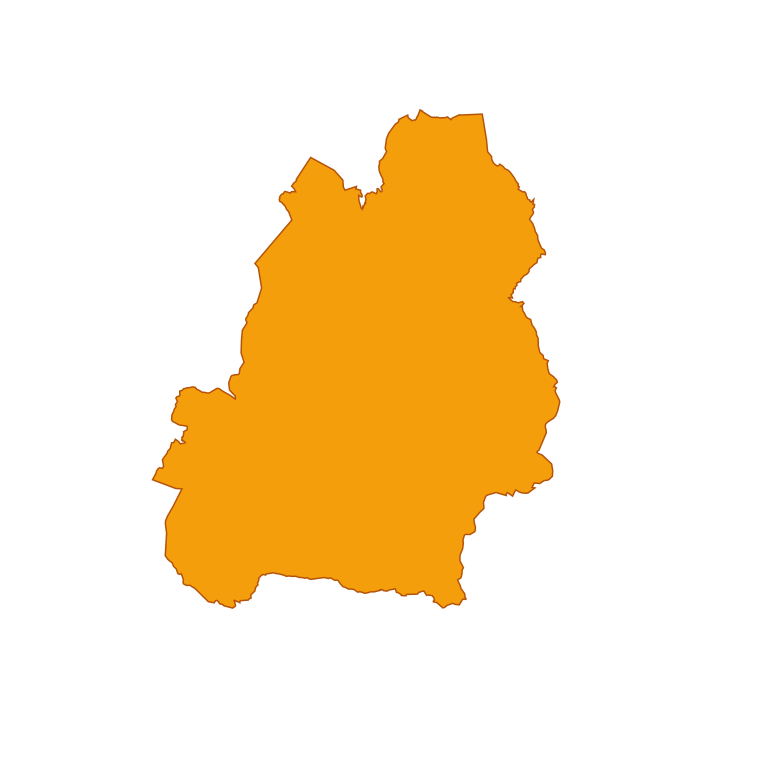 outline of Taretan, Michoacán, Mexico, rotated 304°
{"feature_id": "50627088B53214631198114", "entity_name": "Taretan", "entity_type": "district", "adm_level": 2, "iso_a3": "MEX", "parent_name": "Mexico", "parent_adm1": "Michoacán", "projection": "robinson", "projection_center": [-101.91, 19.326], "detail": "fine", "context": "isolated", "style": "filled", "palette": "amber", "viewbox_px": 768, "rotation_deg": 304, "n_neighbors": 0, "source": "geoboundaries", "source_scale": "gbopen_adm2", "svg_char_len": 6171}
<svg xmlns="http://www.w3.org/2000/svg" viewBox="0 0 768 768"><g transform="rotate(304 384 384)"><path d="M484.8,520.9L485.0,515.3L488.0,511.5L492.3,507.7L495.2,507.2L494.2,502.2L496.6,500.1L497.2,496.0L497.8,494.9L502.0,490.5L508.0,486.3L509.9,483.1L512.5,480.9L514.4,477.5L515.8,473.6L519.5,469.5L519.0,467.4L519.1,464.3L521.2,460.9L522.2,458.3L525.7,455.1L524.9,454.2L529.1,455.0L529.7,452.7L526.4,449.9L525.5,446.5L524.3,444.6L525.1,439.1L525.9,439.5L527.1,442.4L529.1,439.5L532.0,440.1L534.4,438.5L535.6,438.3L536.2,439.5L538.0,438.6L540.3,439.0L541.5,437.5L542.9,438.4L543.5,438.2L544.8,439.8L545.7,439.9L547.5,438.9L552.4,439.6L555.6,441.3L558.2,441.3L560.8,440.1L567.0,441.6L570.1,442.9L574.2,441.2L576.5,443.2L578.5,441.7L579.2,441.7L580.0,442.0L581.4,445.4L582.5,444.9L584.6,442.2L584.8,438.4L588.9,432.1L590.1,430.5L593.0,428.3L595.1,424.0L597.3,421.7L600.2,417.5L601.9,412.6L603.4,412.3L609.1,412.4L610.3,411.6L611.9,409.3L614.7,409.7L617.0,408.4L616.4,406.9L620.8,404.9L617.1,404.3L617.3,402.6L618.0,402.1L617.6,400.4L617.8,399.6L620.4,395.9L621.4,395.1L621.9,393.2L621.9,392.7L620.9,392.0L620.5,386.4L623.2,385.9L623.2,384.2L624.9,383.6L625.8,380.4L627.8,376.7L630.0,370.6L630.6,367.5L630.1,364.0L630.9,361.1L631.0,357.3L630.9,357.0L629.3,357.0L628.0,355.9L628.0,353.6L628.5,351.1L630.1,348.1L632.8,345.8L634.5,340.0L643.9,332.3L662.7,314.5L650.0,297.4L649.5,296.1L642.7,291.9L640.6,291.8L640.9,287.2L639.0,285.8L635.8,281.4L634.7,278.4L633.7,278.0L633.5,276.6L632.7,276.1L631.6,273.6L631.3,263.2L631.7,263.2L631.4,260.6L625.5,262.0L623.0,262.1L621.4,262.6L620.1,262.2L619.8,261.4L618.0,260.1L618.3,255.1L620.2,253.3L611.8,248.4L609.2,249.4L605.4,248.0L594.5,247.7L588.8,248.9L580.8,252.8L579.8,253.5L578.1,256.2L570.2,256.8L566.0,255.7L563.7,257.4L561.8,257.8L558.2,260.7L556.8,262.5L553.1,268.6L550.8,270.3L550.2,272.0L546.1,271.3L545.0,272.0L544.1,273.9L542.7,274.4L542.0,274.4L541.5,273.7L542.6,270.6L542.4,269.3L541.9,269.1L539.4,270.9L537.3,271.1L536.8,267.1L535.6,266.0L533.9,265.7L533.2,264.1L532.6,263.7L529.3,263.3L527.1,265.8L524.4,266.8L523.7,267.7L523.3,267.8L523.3,266.9L520.6,267.7L520.0,267.0L518.7,268.2L518.6,267.5L516.9,268.0L517.2,267.6L517.0,266.8L522.3,260.4L526.2,257.6L526.5,260.8L527.1,261.1L528.4,260.2L529.9,257.3L531.6,256.2L529.9,251.7L532.4,250.7L522.9,243.3L524.5,240.2L530.0,235.9L533.3,223.1L530.8,196.5L504.5,196.9L503.5,197.8L499.6,196.8L496.4,196.8L495.5,200.5L494.0,203.3L491.7,199.7L490.0,199.7L488.5,194.7L487.9,194.0L485.3,194.1L484.3,193.1L482.2,192.8L480.0,193.2L479.6,193.9L478.4,194.0L477.1,195.4L477.3,197.8L476.0,202.9L474.3,205.6L473.5,208.6L468.4,215.9L411.8,209.6L410.2,214.7L395.1,228.9L380.2,233.3L376.9,231.8L375.3,232.2L374.2,232.9L367.5,231.8L364.7,232.8L360.9,232.9L359.3,234.2L358.5,235.9L357.1,236.3L349.4,236.5L340.7,241.3L329.8,248.2L323.8,255.8L316.1,256.0L311.7,258.2L310.2,257.8L308.3,255.2L305.8,253.1L304.7,252.9L297.9,254.7L292.6,259.4L290.7,267.6L288.4,269.1L288.5,262.1L287.9,255.2L287.9,249.5L286.9,247.9L278.9,244.2L277.8,242.7L276.7,239.8L275.5,238.0L275.4,234.5L274.9,232.0L275.7,229.4L274.5,226.8L271.3,223.9L270.4,222.4L269.2,222.1L268.5,220.7L265.3,220.0L264.3,218.7L263.7,218.7L260.6,221.1L259.0,220.6L257.6,219.5L256.0,219.3L253.7,222.8L250.8,222.5L249.8,223.0L249.0,224.3L245.5,224.2L244.1,224.9L239.8,225.5L235.6,227.9L234.8,229.5L235.5,237.0L238.9,244.4L237.0,245.9L235.7,246.2L232.4,244.5L231.7,245.3L227.8,246.9L227.5,246.4L226.6,246.3L225.6,247.4L224.7,247.4L224.2,247.9L224.1,248.8L224.9,249.4L224.2,252.1L220.5,248.7L221.5,245.3L221.5,241.9L218.0,242.5L216.5,240.8L210.9,242.8L207.1,242.2L205.8,242.9L197.5,242.6L192.5,247.3L190.1,247.4L189.0,244.7L187.2,244.1L184.8,244.1L182.0,245.0L175.2,245.6L180.9,269.7L184.1,275.1L165.5,277.5L153.5,278.4L148.6,279.4L146.3,280.6L138.6,287.3L119.3,298.7L117.6,303.4L117.2,308.6L115.2,311.4L114.5,315.3L111.5,319.1L111.7,320.7L113.3,322.0L109.8,327.0L108.0,327.8L106.3,329.2L106.2,330.5L106.7,333.2L108.5,335.3L108.8,341.7L105.3,360.1L107.6,365.6L110.0,365.5L111.0,366.2L111.0,368.3L109.9,370.8L110.9,373.2L110.6,375.2L113.6,383.8L116.4,384.9L117.3,384.8L119.8,382.2L120.4,381.0L121.0,380.9L122.1,386.8L123.2,386.1L124.2,386.3L129.0,392.3L130.4,392.4L132.3,393.5L134.6,391.5L140.1,392.7L143.4,391.4L145.2,391.4L146.8,391.9L148.3,390.5L151.4,389.9L152.6,388.8L157.2,389.4L158.7,390.7L159.4,392.7L160.6,392.5L165.9,398.2L166.3,400.1L168.0,403.4L169.6,408.3L170.0,410.6L171.4,412.1L173.2,415.5L175.2,418.2L176.4,422.2L178.2,425.2L178.7,427.0L180.5,428.7L180.5,430.7L181.4,432.9L190.2,442.7L191.6,446.6L193.4,448.1L193.7,452.9L194.9,454.2L195.4,456.0L194.0,459.4L193.0,463.5L193.7,465.2L194.2,469.5L195.6,471.2L196.9,474.4L196.7,478.2L197.3,479.4L198.4,479.9L198.9,482.2L199.5,483.3L199.4,484.6L201.8,487.3L204.1,489.0L206.3,492.2L210.9,496.3L211.2,495.8L212.4,497.0L212.5,499.3L213.8,502.0L214.8,502.9L215.7,503.1L220.5,507.9L218.2,510.9L218.8,511.9L219.1,516.3L218.4,516.5L218.5,517.0L220.7,520.7L222.1,520.3L228.5,529.2L230.7,529.4L233.9,532.0L234.6,533.0L232.6,537.4L233.7,538.5L235.5,542.4L234.6,545.0L232.9,546.6L231.6,546.3L231.0,546.7L232.3,550.0L231.3,558.0L232.7,559.2L236.0,560.2L240.2,563.4L240.8,564.3L241.0,566.1L243.0,569.9L249.4,569.6L250.5,570.8L251.1,572.2L251.7,572.2L252.6,570.3L255.1,568.4L257.5,562.2L259.5,559.9L262.7,554.6L266.4,556.2L270.4,554.7L273.2,552.9L276.2,552.5L279.9,545.8L284.4,542.8L291.4,541.3L296.0,539.0L299.0,536.6L303.7,535.2L304.7,535.5L307.3,539.4L312.2,541.8L313.7,541.5L316.5,539.8L319.6,536.3L322.3,534.1L330.6,535.1L336.8,536.4L341.4,532.7L347.7,531.1L350.0,532.0L356.7,537.6L359.9,547.7L361.7,546.7L363.0,547.1L363.0,553.3L367.2,552.6L369.9,552.5L370.1,556.5L370.9,559.3L372.9,562.9L374.2,564.3L382.2,567.2L381.1,564.5L386.0,563.9L388.6,568.8L393.4,570.7L395.6,573.2L397.2,574.3L401.6,575.2L406.6,572.3L411.4,567.7L413.4,555.9L413.4,553.7L412.6,550.9L412.8,549.1L414.0,548.8L415.7,549.5L434.0,545.9L435.9,544.7L438.7,541.6L440.8,540.5L443.5,540.7L450.7,543.8L453.9,544.0L458.7,543.0L467.1,539.9L468.6,538.5L473.3,530.3L474.9,529.4L477.2,529.2L477.3,527.5L476.7,526.3L479.2,526.0L482.4,526.8L484.0,524.6L484.3,521.9L484.8,520.9Z" fill="#f59e0b" stroke="#b45309" stroke-width="1.5"/></g></svg>